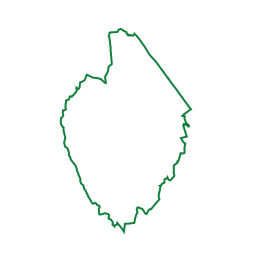 outline of Bilskas pag., Smiltenes, Latvia, rotated 250°
{"feature_id": "27541924B86975259147781", "entity_name": "Bilskas pag.", "entity_type": "district", "adm_level": 2, "iso_a3": "LVA", "parent_name": "Latvia", "parent_adm1": "Smiltenes", "projection": "equal_earth", "projection_center": [26.046, 57.482], "detail": "fine", "context": "isolated", "style": "outline", "palette": "green", "viewbox_px": 256, "rotation_deg": 250, "n_neighbors": 0, "source": "geoboundaries", "source_scale": "gbopen_adm2", "svg_char_len": 5306}
<svg xmlns="http://www.w3.org/2000/svg" viewBox="0 0 256 256"><g transform="rotate(250 128 128)"><path d="M214.2,166.1L213.7,165.8L213.5,165.6L213.4,165.7L213.1,164.3L213.5,163.8L213.6,163.3L213.6,163.2L214.1,162.9L214.4,162.6L214.5,162.5L214.4,162.3L214.1,162.2L214.6,161.1L215.1,160.8L215.5,160.3L215.2,159.9L216.2,159.8L216.2,159.3L218.8,159.2L220.0,157.9L220.7,157.3L223.1,155.6L223.5,155.1L223.5,153.6L223.6,153.0L223.0,152.1L222.4,151.5L222.3,151.3L221.9,150.7L222.6,148.4L223.5,145.3L223.5,144.9L223.6,144.1L224.0,143.7L223.9,143.3L223.7,143.1L223.5,142.9L222.0,142.3L220.9,141.3L219.1,141.4L217.6,141.0L216.1,140.7L214.3,140.3L212.2,139.8L212.0,139.7L210.4,139.3L209.7,139.3L208.7,139.0L207.3,138.1L207.1,138.1L205.9,138.0L193.7,134.7L192.2,130.7L191.1,130.2L188.1,128.5L184.0,124.0L182.1,123.5L180.6,123.2L180.4,123.2L177.8,122.6L177.9,122.3L178.1,122.1L178.3,121.9L178.9,121.5L181.0,120.3L182.8,119.6L185.1,116.7L187.3,112.3L188.4,111.2L188.6,111.0L189.4,110.2L190.8,108.9L192.1,107.5L189.7,105.4L187.8,103.6L187.2,100.9L187.2,98.6L182.8,96.4L181.6,95.0L182.4,94.0L183.6,93.4L182.6,92.9L180.9,92.8L179.9,91.9L179.6,91.4L178.4,89.4L176.6,85.8L177.5,85.0L177.3,83.8L175.3,82.6L174.9,81.4L175.2,80.4L175.1,79.3L174.8,79.3L174.6,79.2L174.4,79.1L173.1,78.5L173.0,78.4L172.2,77.7L171.8,77.5L170.8,77.2L169.1,76.4L168.6,76.2L167.4,76.2L166.8,76.0L166.7,75.9L166.6,75.2L166.4,74.0L166.4,73.8L166.5,73.6L166.8,73.2L166.8,72.9L164.8,72.0L164.1,71.8L162.8,71.7L162.4,71.6L162.1,71.5L160.8,70.1L160.6,69.7L160.5,69.0L160.3,68.6L158.8,67.8L158.2,67.5L154.8,66.4L154.0,66.5L151.5,66.9L151.1,67.2L150.9,67.4L150.7,67.6L150.4,67.7L150.2,67.7L149.9,67.5L149.5,67.3L149.4,67.2L149.0,67.0L148.6,66.8L148.4,66.7L148.2,66.6L147.9,66.6L147.6,66.5L147.0,66.6L145.5,66.3L140.1,65.7L136.2,63.0L132.2,62.5L131.9,62.5L131.7,62.6L131.6,62.8L131.3,63.1L131.1,63.4L128.8,64.3L124.0,63.9L123.7,63.7L123.0,63.3L122.6,63.1L122.3,63.1L122.1,63.1L120.9,63.7L120.6,63.7L119.7,63.7L118.4,63.5L117.8,63.5L117.4,63.7L116.3,63.9L113.2,65.0L112.1,65.3L110.8,65.8L110.3,65.9L109.5,65.7L109.2,65.7L107.8,65.9L107.4,65.9L106.4,65.6L105.5,65.5L101.4,65.6L100.6,65.6L100.0,65.6L99.8,65.6L98.9,65.7L96.3,65.8L95.9,65.7L94.8,65.1L94.5,64.9L93.9,64.9L92.8,65.0L91.5,65.1L91.3,65.2L91.1,65.3L90.5,65.8L90.4,65.9L89.6,66.3L89.3,66.4L88.7,66.4L85.6,66.0L85.3,66.1L84.4,66.6L84.1,66.7L82.4,66.8L81.3,66.9L79.5,67.1L77.0,67.3L76.0,67.4L75.1,67.6L69.6,68.7L69.4,68.8L68.8,69.3L68.8,69.5L68.7,69.6L68.7,70.0L68.9,70.7L69.0,71.3L68.9,71.6L68.6,71.9L68.1,72.2L66.4,72.6L66.0,72.8L65.8,73.0L65.5,73.3L65.1,74.0L64.8,74.3L64.5,74.3L64.2,74.4L63.9,74.4L63.6,74.4L63.3,74.2L63.0,74.1L62.7,73.6L62.3,73.1L61.8,72.9L60.4,72.5L57.7,71.5L57.2,71.5L56.8,71.6L56.6,71.7L56.3,72.0L56.1,72.2L56.1,72.6L56.0,73.9L55.7,77.4L53.7,80.1L53.3,80.3L52.8,80.4L51.8,80.2L51.6,80.1L50.4,79.0L50.2,78.9L49.7,78.8L49.1,79.0L48.7,79.6L48.1,80.4L47.9,80.6L47.6,80.7L45.2,81.3L44.7,81.5L44.3,81.4L43.9,81.2L43.1,80.6L42.5,80.4L42.1,80.5L40.2,81.6L40.4,81.7L41.0,82.0L41.2,82.3L41.1,83.2L41.0,83.8L41.0,84.1L41.0,84.3L41.3,84.7L41.6,84.9L42.5,85.5L35.6,87.9L34.4,88.2L32.0,88.7L39.0,92.4L38.0,95.7L36.7,101.5L40.8,103.9L41.7,104.6L43.9,106.2L45.1,107.7L45.2,107.8L45.9,107.9L46.5,108.2L48.3,108.2L48.4,108.3L48.5,108.5L49.7,109.2L49.9,109.4L50.0,109.5L50.0,109.8L50.0,110.1L49.9,110.3L49.8,110.5L49.5,110.7L49.2,111.1L49.2,111.3L48.9,111.4L48.8,111.6L48.6,111.9L48.5,112.1L48.1,112.5L47.8,112.9L47.6,113.2L47.5,113.3L47.3,113.5L47.0,113.6L46.9,113.8L46.4,113.8L45.9,114.1L45.0,114.3L41.8,114.9L41.0,116.0L40.9,116.1L41.0,116.2L41.0,116.4L41.2,116.5L43.2,118.6L43.5,119.0L44.1,120.1L44.2,120.4L44.2,120.5L44.2,120.9L44.2,121.0L43.7,121.7L48.0,128.9L48.4,129.7L48.7,130.3L49.1,131.1L49.9,132.4L50.4,133.2L53.2,133.4L53.7,133.5L57.5,135.8L58.3,136.4L60.6,137.7L62.1,138.7L62.8,138.1L63.0,139.7L63.2,140.2L63.8,140.6L63.9,140.9L64.0,141.4L64.1,142.1L64.0,142.6L64.0,142.9L64.2,143.3L64.4,143.5L64.7,143.8L66.6,144.4L67.0,144.6L67.2,144.8L67.3,145.1L67.4,145.6L67.4,146.3L67.3,146.9L67.3,147.2L67.4,147.4L68.2,148.2L65.5,148.4L64.9,149.0L64.3,149.8L65.4,152.0L65.8,152.8L66.1,153.4L66.9,154.8L67.0,154.9L67.2,155.2L68.5,155.4L69.6,155.4L70.6,155.9L74.0,157.0L77.2,158.2L77.9,160.7L78.4,162.6L79.7,162.9L80.0,164.2L80.1,164.5L80.6,164.7L81.3,165.2L82.2,165.9L82.7,166.3L86.3,168.9L85.7,169.9L85.6,170.2L85.4,170.5L85.3,172.6L85.7,172.8L88.1,173.6L90.6,174.5L92.1,175.5L92.9,176.0L93.6,176.5L96.1,175.1L100.4,174.3L99.9,180.3L111.7,180.8L111.7,181.0L111.6,182.0L111.9,182.0L112.6,182.1L111.8,183.5L108.6,185.4L108.9,186.0L109.8,186.0L111.2,185.4L112.2,184.5L113.3,184.4L115.5,184.3L117.8,184.3L118.4,184.8L119.4,185.4L120.0,184.7L120.8,183.2L121.2,183.8L121.5,184.7L122.1,186.5L123.1,190.0L124.1,193.2L124.1,193.5L130.4,191.6L138.3,189.3L138.7,189.2L138.9,189.2L139.0,189.1L145.9,187.1L146.0,187.1L147.5,186.7L149.6,186.1L153.8,184.7L154.3,184.6L158.3,183.4L158.4,183.5L159.8,183.1L161.0,182.8L160.9,182.6L163.1,182.0L164.4,181.7L166.5,181.0L169.4,180.3L169.3,180.2L169.7,180.1L172.7,179.2L173.5,179.0L179.4,177.3L180.9,176.8L182.7,176.1L187.4,174.1L188.5,173.7L188.4,173.7L189.3,173.4L191.8,172.8L196.9,171.8L199.4,171.3L201.0,170.8L206.5,169.3L207.3,169.1L209.6,168.3L211.5,167.7L212.3,167.3L214.4,166.3L214.2,166.1L214.2,166.1Z" fill="none" stroke="#15803d" stroke-width="2"/></g></svg>